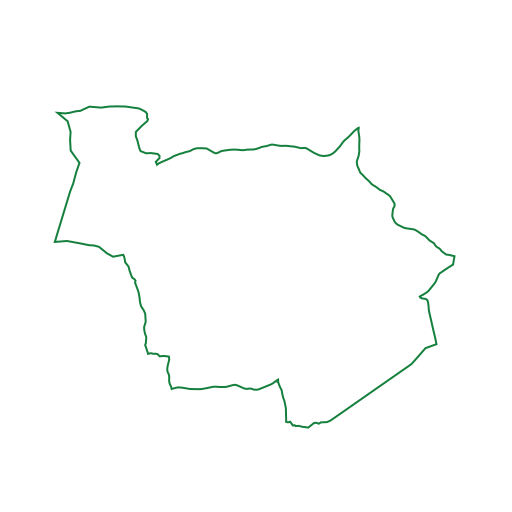 the district of Ohimini, Benue, Nigeria, rotated 349°
{"feature_id": "59680162B2835516393243", "entity_name": "Ohimini", "entity_type": "district", "adm_level": 2, "iso_a3": "NGA", "parent_name": "Nigeria", "parent_adm1": "Benue", "projection": "orthographic", "projection_center": [7.932, 7.257], "detail": "fine", "context": "isolated", "style": "outline", "palette": "green", "viewbox_px": 512, "rotation_deg": 349, "n_neighbors": 0, "source": "geoboundaries", "source_scale": "gbopen_adm2", "svg_char_len": 4244}
<svg xmlns="http://www.w3.org/2000/svg" viewBox="0 0 512 512"><g transform="rotate(349 256 256)"><path d="M98.8,214.7L103.6,217.0L110.2,224.9L115.5,229.4L125.9,229.5L126.4,231.5L126.5,234.0L126.5,235.9L126.3,236.9L127.3,239.0L128.6,241.5L128.9,242.5L129.1,246.3L129.5,248.9L129.9,251.6L130.3,253.5L130.6,254.0L131.7,254.9L132.2,255.6L133.0,257.1L132.8,257.6L132.6,258.4L132.2,259.1L132.6,261.5L133.4,266.2L133.6,267.9L133.8,269.0L133.8,271.8L133.7,275.0L133.5,277.0L133.4,278.4L133.4,280.9L133.5,282.2L133.6,283.4L135.5,288.1L136.2,291.6L135.6,296.5L135.3,298.9L135.1,299.7L133.6,302.5L132.6,304.5L132.2,307.4L132.2,309.4L132.2,311.0L132.8,314.2L132.5,316.0L131.7,318.8L131.3,320.4L130.2,322.3L130.3,323.1L130.7,325.3L131.0,328.2L131.3,330.1L131.3,331.4L134.4,331.4L136.5,332.4L138.9,332.8L140.6,333.5L142.3,336.1L146.4,336.5L151.3,338.1L151.2,339.6L151.0,341.3L149.6,344.2L148.1,347.6L147.2,350.4L147.1,352.9L147.8,355.6L147.8,357.6L147.1,361.0L146.8,363.3L147.0,365.5L147.7,368.0L147.8,370.4L152.1,370.1L154.5,370.1L156.1,370.5L158.5,371.2L165.4,373.8L167.8,374.4L173.4,375.6L176.9,376.2L181.0,376.3L188.7,376.2L191.6,376.6L195.9,377.8L199.0,378.4L201.9,378.8L208.9,378.3L210.6,378.4L211.9,378.8L215.2,381.0L219.0,383.7L220.8,384.5L223.0,384.8L224.5,384.9L226.2,385.4L228.6,386.8L231.5,387.5L233.8,387.3L238.0,386.5L242.5,385.6L246.1,384.9L248.2,384.2L252.6,382.1L254.1,381.5L254.1,382.1L254.0,382.4L253.8,383.1L253.3,383.8L253.7,384.0L253.9,385.3L254.1,386.7L254.5,388.9L255.6,392.8L255.5,395.1L255.6,399.9L256.2,403.6L256.3,411.0L254.3,422.9L253.9,424.5L255.7,425.4L257.9,425.2L259.2,427.9L259.9,429.5L261.7,429.5L262.4,430.5L265.2,430.8L267.7,431.9L269.4,432.7L271.4,433.3L274.6,434.4L277.8,432.7L281.3,430.9L283.7,431.4L285.6,432.6L287.9,431.7L294.1,432.6L297.8,431.7L387.9,391.8L395.7,385.9L404.8,378.8L416.3,377.0L416.3,371.7L415.9,361.6L415.3,343.0L416.0,335.9L416.0,333.1L415.5,331.5L414.3,330.5L410.7,329.2L409.4,328.2L409.0,327.0L413.9,325.4L417.1,324.1L418.8,323.1L425.9,317.1L427.6,315.3L431.8,309.2L433.0,308.1L441.9,304.3L447.8,302.0L450.8,294.1L445.6,291.7L443.0,290.9L439.3,286.9L438.2,284.7L437.4,283.6L435.0,281.4L433.9,279.5L433.1,277.4L431.3,275.7L429.4,274.0L428.0,271.8L426.2,269.1L425.1,268.0L423.8,267.1L422.6,266.1L421.0,264.3L419.4,262.7L418.1,261.5L417.0,260.6L416.0,260.0L411.7,258.5L407.5,257.0L406.4,256.3L402.2,253.2L400.5,251.8L399.3,250.1L398.6,248.8L397.9,245.8L397.4,243.6L397.7,241.5L399.4,236.3L400.1,235.1L401.3,233.9L402.0,231.6L401.8,230.5L399.4,223.9L398.7,222.5L397.3,220.9L395.6,219.2L393.7,217.2L392.3,216.1L390.4,214.9L387.7,211.8L386.1,210.2L384.3,208.7L383.1,207.3L381.7,204.8L378.2,200.1L375.8,196.2L374.4,194.4L374.0,192.9L373.5,190.3L372.7,187.0L372.8,183.1L373.6,181.2L375.8,177.4L377.4,173.0L378.1,168.7L379.8,161.2L380.1,158.8L380.3,154.8L380.3,153.3L380.5,152.1L381.3,149.9L381.3,149.7L380.2,150.0L376.4,152.0L370.3,156.3L368.7,157.3L366.1,158.8L365.2,159.2L362.3,161.5L360.2,163.6L359.3,164.4L353.7,168.5L351.2,169.9L348.2,170.9L346.3,171.1L343.9,171.0L341.1,170.7L337.5,169.3L332.8,166.0L326.4,160.2L325.0,159.3L320.6,158.7L314.9,156.1L309.6,154.5L306.7,153.6L301.1,152.6L297.0,151.1L294.2,150.0L292.5,149.6L291.1,149.7L287.4,150.1L282.5,150.0L280.1,150.5L276.1,151.0L273.6,150.9L270.0,150.3L267.9,149.9L264.6,149.8L261.5,149.2L257.7,148.0L253.9,147.2L250.9,146.8L244.1,146.4L241.5,146.5L237.5,147.6L236.1,147.5L235.3,147.2L233.7,145.9L228.4,141.3L227.8,140.9L225.8,140.5L222.8,139.7L218.9,139.0L216.9,139.0L214.5,139.3L212.5,140.0L210.4,140.5L208.3,140.5L205.8,140.7L203.4,141.1L201.2,141.1L198.9,141.5L194.2,142.3L191.5,143.4L187.0,144.5L181.8,145.6L178.0,146.6L176.3,147.5L175.6,144.5L177.4,143.2L179.9,141.5L180.4,139.3L179.0,137.1L172.5,134.9L167.7,134.2L162.7,131.0L162.1,128.5L161.6,120.1L160.9,115.5L161.7,111.3L168.8,106.4L175.2,102.7L176.1,101.0L175.4,99.6L176.2,95.7L175.2,93.6L172.2,91.0L169.2,88.8L166.0,87.7L156.5,84.4L147.7,82.5L140.6,81.3L132.3,80.8L120.9,77.6L116.0,78.8L111.3,80.0L107.0,79.6L103.6,79.7L101.0,79.9L95.8,79.6L88.5,77.6L96.8,87.8L97.7,98.7L95.7,106.3L94.2,117.2L100.5,130.9L95.6,139.3L92.6,145.4L90.5,149.8L85.8,157.3L64.4,197.7L63.1,200.3L61.2,203.8L73.3,205.2L85.9,210.1L94.1,213.5L98.8,214.7Z" fill="none" stroke="#15803d" stroke-width="2"/></g></svg>